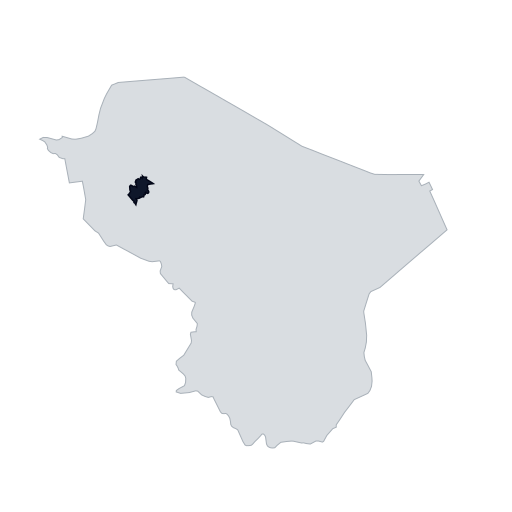 Al-Shatra, Dhi-Qar, Iraq shown in context, rotated 170°
{"feature_id": "34846034B98077762120905", "entity_name": "Al-Shatra", "entity_type": "district", "adm_level": 2, "iso_a3": "IRQ", "parent_name": "Iraq", "parent_adm1": "Dhi-Qar", "projection": "robinson", "projection_center": [46.274, 31.405], "detail": "fine", "context": "in_parent", "style": "filled", "palette": "ink", "viewbox_px": 512, "rotation_deg": 170, "n_neighbors": 0, "source": "geoboundaries", "source_scale": "gbopen_adm2", "svg_char_len": 5087}
<svg xmlns="http://www.w3.org/2000/svg" viewBox="0 0 512 512"><g transform="rotate(170 256 256)"><path d="M206.7,73.5L210.4,72.6L217.4,67.0L221.6,61.7L222.9,61.2L226.5,62.9L229.1,63.4L235.2,61.4L238.8,62.5L241.8,63.8L243.5,63.9L251.5,67.2L253.5,67.6L257.7,68.0L263.9,68.2L267.9,66.0L270.8,63.9L272.8,64.0L274.7,64.5L276.3,65.4L277.7,66.9L278.3,69.1L278.0,76.2L278.6,78.1L279.6,79.4L281.0,79.6L282.8,78.1L285.7,75.9L289.4,73.4L292.1,71.2L293.7,70.4L296.1,70.5L298.5,70.9L299.8,72.0L299.8,72.3L301.1,75.6L304.2,88.0L306.0,89.6L308.1,90.9L309.6,92.7L310.1,94.6L309.9,97.4L310.0,100.8L310.8,103.3L312.0,105.3L313.1,106.2L314.8,106.3L316.8,106.8L318.1,108.7L322.3,122.8L322.7,124.7L324.5,125.3L327.5,125.0L330.5,126.5L333.7,128.7L336.8,133.0L338.8,133.7L345.3,133.1L354.1,133.8L358.2,136.0L357.8,137.4L354.6,138.9L349.0,140.7L347.3,143.7L346.4,147.7L346.6,149.9L347.9,152.3L351.9,157.1L352.1,158.9L352.8,161.3L353.6,163.0L352.7,166.2L349.1,168.4L344.4,170.8L334.9,181.6L334.2,184.0L334.2,190.4L333.3,192.2L330.3,192.1L328.0,191.8L327.8,194.1L326.3,197.0L325.5,199.6L328.9,205.7L329.6,209.0L329.0,211.9L325.7,217.0L323.8,220.5L324.3,221.2L326.8,222.6L334.6,233.8L337.2,237.7L340.5,236.7L341.7,236.8L342.7,237.4L343.3,238.7L343.3,240.4L342.5,243.0L346.7,244.0L348.2,246.5L353.2,255.3L353.0,257.9L350.6,262.0L350.6,264.7L351.1,267.2L351.9,268.0L359.2,268.4L362.3,269.4L369.9,273.8L378.5,280.7L385.6,286.3L391.6,291.1L398.1,290.7L399.9,291.6L401.5,293.1L403.4,297.0L407.1,305.9L410.3,308.8L415.2,316.0L419.7,322.6L416.8,331.7L413.9,341.1L413.9,353.3L414.0,359.8L420.2,360.1L427.1,360.4L427.2,368.2L427.3,376.0L427.4,385.0L429.4,385.4L432.7,387.3L434.1,390.2L435.8,391.8L437.9,392.0L440.0,393.4L442.1,396.0L442.8,398.0L442.3,399.3L442.7,401.7L444.2,405.1L446.0,406.7L448.7,408.6L445.0,409.7L441.0,408.9L432.5,404.9L429.8,404.8L426.2,406.3L426.1,407.6L417.1,403.2L413.9,402.4L412.7,402.3L407.6,402.3L400.3,403.1L396.0,404.9L393.0,406.8L391.7,408.7L391.2,409.7L388.9,415.1L386.2,422.2L383.4,428.5L378.0,437.5L375.0,441.6L368.5,449.3L361.5,450.8L345.3,449.3L327.3,447.6L309.4,445.9L296.1,444.7L295.1,444.3L282.0,433.3L271.6,424.7L258.7,413.9L245.5,402.9L232.2,391.7L222.5,383.6L210.8,373.2L200.1,363.6L191.7,356.1L180.9,349.6L172.5,344.4L160.2,337.0L150.4,331.0L142.0,325.9L129.1,318.0L124.9,315.8L111.4,313.2L98.7,311.0L85.5,308.7L76.7,307.1L82.6,301.5L80.9,296.5L76.7,297.4L72.8,298.6L70.6,290.8L73.6,289.8L71.0,279.6L68.4,269.1L65.9,259.0L63.3,248.6L74.6,241.9L83.0,236.9L94.8,230.0L106.1,223.3L116.9,216.9L128.8,209.8L139.4,203.5L149.1,201.0L151.2,199.0L155.7,190.4L159.5,183.0L159.7,181.3L159.9,170.9L160.8,158.7L162.2,152.2L164.4,146.4L166.5,142.2L166.8,138.3L166.6,134.3L164.6,128.3L162.6,122.0L163.0,115.9L163.4,112.6L164.9,107.5L167.2,103.7L169.7,101.3L178.8,98.9L184.2,97.5L191.5,90.7L195.8,86.8L201.8,80.4L206.3,75.8L206.6,74.2L206.7,73.5Z" fill="#d9dde1" stroke="#a8b0b8" stroke-width="1"/><path d="M365.4,327.4L365.1,328.1L364.9,328.7L364.4,329.6L364.0,330.5L363.6,331.2L363.7,331.8L364.0,332.6L364.2,333.3L363.8,333.2L363.4,333.1L362.9,333.1L362.3,333.1L361.5,333.2L360.9,333.2L360.5,333.7L360.3,334.0L360.0,333.5L359.8,333.5L359.2,333.7L358.6,333.9L358.1,334.1L357.6,334.1L357.0,333.9L356.4,333.8L356.1,334.5L355.8,335.0L355.7,335.8L355.4,335.7L355.0,335.7L354.5,335.8L354.4,336.0L354.1,336.6L354.1,337.0L354.1,337.7L353.9,337.8L353.4,337.9L353.3,338.0L353.2,337.9L353.2,337.6L353.1,337.4L353.0,337.2L352.8,337.0L352.6,336.8L352.0,336.5L351.5,336.6L351.0,336.8L350.8,337.1L350.5,337.6L350.5,338.3L350.6,338.7L350.8,339.1L351.0,339.3L351.5,339.9L351.1,340.4L350.9,340.9L350.8,341.5L350.8,342.3L351.0,343.2L350.9,343.7L350.6,344.3L350.2,345.2L349.1,345.2L347.8,345.2L347.0,345.2L345.7,345.1L344.6,345.1L344.8,345.3L345.1,345.6L345.5,346.0L346.1,346.5L346.6,347.0L347.2,347.5L347.5,347.8L348.0,348.2L348.4,348.6L348.9,349.0L349.4,349.4L349.8,349.8L350.3,350.2L350.8,350.8L350.7,351.0L350.5,351.5L350.3,352.0L350.1,352.5L350.5,352.7L351.0,352.8L351.8,352.9L352.6,353.1L352.9,353.4L353.4,353.7L353.8,354.3L353.8,353.9L353.8,353.4L354.2,352.8L354.6,352.2L354.8,352.5L355.0,353.0L355.1,353.5L355.3,353.6L355.6,353.7L356.1,353.2L356.3,352.8L356.6,352.2L356.8,351.8L357.4,351.7L357.9,351.9L358.3,352.2L358.5,352.5L358.9,352.4L359.4,352.3L359.9,351.9L360.3,351.6L360.7,351.8L361.1,351.4L361.3,351.0L361.5,350.6L361.8,350.1L362.0,349.8L362.0,349.6L361.9,349.5L361.8,349.2L361.7,349.1L361.4,348.8L361.6,348.1L361.8,347.7L361.8,347.4L361.6,347.0L361.6,346.4L361.5,346.2L361.5,345.9L361.5,345.4L361.5,344.9L361.6,344.3L361.8,344.5L362.2,344.9L362.8,345.2L363.3,345.6L363.6,345.9L364.1,345.9L364.6,345.7L365.2,345.7L365.5,346.0L365.8,346.7L366.4,347.0L366.6,347.3L367.1,347.5L367.5,347.2L367.9,346.9L368.3,346.5L368.4,345.7L368.5,345.0L368.5,344.4L368.6,343.7L368.7,343.0L368.6,342.5L368.4,341.7L368.4,341.1L368.9,340.5L369.4,340.0L369.9,339.6L370.3,339.1L370.9,338.6L371.3,338.4L370.4,336.9L369.5,335.3L369.0,334.4L368.7,334.0L368.6,333.8L368.1,332.9L367.1,331.5L366.6,330.9L366.9,330.0L366.7,329.6L366.0,329.0L365.7,328.1L365.4,327.4Z" fill="#0f172a" stroke="#020617" stroke-width="1.5"/></g></svg>